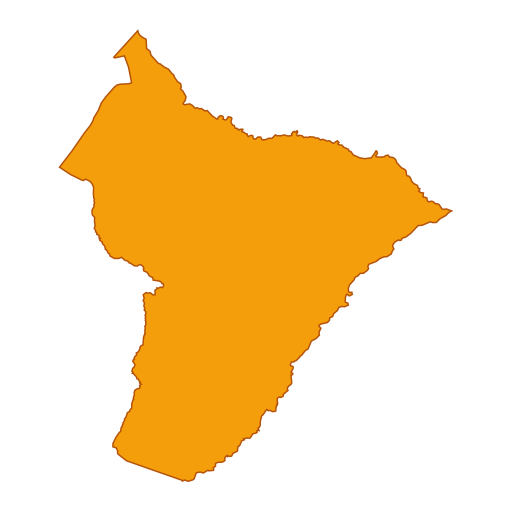 Cuamba, Niassa, Mozambique
{"feature_id": "85939544B95923837460414", "entity_name": "Cuamba", "entity_type": "district", "adm_level": 2, "iso_a3": "MOZ", "parent_name": "Mozambique", "parent_adm1": "Niassa", "projection": "albers", "projection_center": [36.593, -14.749], "detail": "fine", "context": "isolated", "style": "filled", "palette": "amber", "viewbox_px": 512, "rotation_deg": 0, "n_neighbors": 0, "source": "geoboundaries", "source_scale": "gbopen_adm2", "svg_char_len": 6064}
<svg xmlns="http://www.w3.org/2000/svg" viewBox="0 0 512 512"><path d="M452.5,211.2L446.1,208.9L444.2,209.4L442.0,209.0L439.1,204.6L437.3,203.7L435.6,203.8L433.0,201.6L431.3,201.2L428.8,201.9L427.7,201.0L427.1,200.0L427.0,198.2L425.3,197.3L423.7,197.2L423.0,196.5L423.4,193.0L420.6,192.5L418.7,191.1L419.6,190.1L419.8,188.6L418.2,188.2L417.5,185.5L413.5,183.4L411.7,181.2L410.3,177.6L408.9,176.1L407.3,175.9L406.6,175.1L405.9,170.6L404.5,169.3L401.2,167.6L396.6,162.4L395.9,160.0L394.4,158.4L393.1,157.6L389.1,156.8L388.3,155.2L385.8,155.5L384.1,156.9L378.4,157.1L376.2,156.7L375.7,155.8L377.4,153.7L377.2,151.9L376.3,150.9L375.7,151.2L374.8,153.1L371.3,157.8L364.7,158.7L359.6,157.8L353.1,154.8L351.1,151.8L348.7,150.7L348.5,149.3L343.6,147.2L342.1,145.2L338.4,144.7L337.9,143.7L339.0,142.6L337.4,140.8L333.2,143.5L329.6,140.8L327.1,141.0L322.8,139.3L320.3,139.9L318.1,138.0L315.8,138.2L314.0,137.1L309.3,136.8L308.2,137.5L305.5,137.1L303.8,137.5L302.3,135.9L299.0,135.2L298.6,135.8L297.4,135.9L296.5,134.5L297.7,131.9L297.1,130.8L296.4,131.1L296.2,132.1L294.8,132.1L294.3,131.4L292.8,132.1L292.2,133.4L291.6,133.6L291.8,135.5L291.2,135.7L287.8,136.0L284.1,134.9L281.5,135.7L277.1,135.8L275.4,134.9L271.9,138.4L268.9,138.2L265.8,139.6L262.1,139.9L260.7,137.1L257.8,137.0L256.0,138.8L254.1,139.2L253.1,137.7L252.7,135.7L250.9,135.3L248.3,136.5L247.4,135.5L247.2,134.0L245.2,133.4L243.9,132.2L241.9,131.8L241.8,130.9L242.9,129.7L242.7,129.2L240.0,129.3L238.7,130.1L237.4,128.5L235.2,128.2L234.1,125.4L232.7,125.2L231.6,123.5L230.9,121.7L231.9,118.4L230.8,117.2L228.2,116.8L226.4,119.7L225.0,119.9L223.0,119.2L223.5,118.1L222.9,116.3L220.4,115.6L218.1,117.4L217.7,119.0L216.6,118.9L212.2,115.9L207.1,110.5L205.0,111.0L201.5,108.6L199.4,108.7L197.1,107.8L195.0,108.2L192.7,105.6L189.8,103.9L184.3,104.7L183.3,104.0L183.3,103.1L185.2,100.5L186.0,96.7L183.0,91.3L180.5,88.7L181.3,86.9L180.6,83.7L177.5,81.6L174.7,77.6L173.6,74.8L171.8,73.4L168.5,69.2L163.7,66.7L160.2,63.9L158.3,63.4L151.0,55.2L150.0,51.3L146.6,48.5L146.1,39.3L141.8,36.9L139.6,34.9L138.5,33.2L137.8,30.7L113.8,57.2L114.7,57.9L124.4,55.9L128.5,67.0L131.6,82.7L128.6,83.8L120.0,84.2L116.9,85.1L114.4,87.1L105.8,96.8L101.3,103.0L98.3,110.5L94.1,117.3L92.7,121.3L90.2,125.6L84.3,133.1L71.9,151.1L59.5,167.2L70.3,174.4L82.4,180.4L83.7,180.4L85.6,179.1L89.5,181.1L91.3,182.7L92.6,184.8L93.6,187.4L93.4,193.9L93.8,198.2L94.4,199.3L94.0,201.3L94.6,202.7L93.9,204.6L94.2,206.0L92.0,210.3L92.1,213.6L92.6,215.2L94.6,217.3L94.5,221.5L95.1,225.4L94.3,228.5L95.7,230.6L95.6,231.8L96.7,232.6L96.8,234.4L99.0,235.4L99.1,237.7L100.5,238.3L99.4,239.1L99.9,240.4L102.0,241.8L102.4,243.5L104.8,246.2L105.4,249.4L106.6,249.9L108.0,252.9L109.5,254.0L110.1,256.1L114.5,258.5L119.0,258.4L121.6,257.3L124.9,260.3L127.6,261.0L129.3,263.0L130.5,263.2L134.4,265.8L137.1,266.0L139.8,264.6L140.8,264.7L142.8,266.2L143.9,268.2L143.3,269.2L143.8,270.9L147.0,272.3L149.4,275.9L152.9,277.7L153.1,280.1L159.1,281.0L161.4,282.2L161.9,283.5L163.3,283.8L163.6,285.8L162.6,287.6L160.3,287.1L158.5,288.2L156.9,287.9L156.9,288.9L155.0,290.3L155.1,294.8L153.0,294.9L150.4,292.8L147.5,293.1L146.1,292.5L143.2,294.8L144.2,298.2L143.1,300.7L144.5,302.9L143.9,305.7L144.8,308.8L144.2,309.8L145.5,311.4L145.8,313.5L145.1,315.3L145.8,316.4L145.2,317.9L145.7,319.2L145.2,320.2L146.0,321.4L145.6,322.9L146.0,324.3L144.8,326.5L145.3,327.4L144.8,331.0L145.3,333.0L144.7,333.4L144.9,334.7L144.3,334.9L143.5,337.7L143.0,344.8L141.0,345.8L140.1,347.0L139.5,349.6L138.3,351.8L136.2,353.1L136.7,354.8L134.8,356.7L134.0,358.5L134.4,359.5L133.2,360.0L132.8,361.2L134.9,364.5L134.3,366.9L132.7,368.4L131.9,371.2L133.0,372.5L132.4,373.3L133.3,373.5L136.3,376.7L137.0,378.9L138.3,379.2L139.4,381.4L140.5,382.4L139.7,383.0L140.0,383.7L141.3,384.3L139.6,385.5L140.0,387.2L139.3,388.5L137.9,388.5L135.1,390.0L134.2,392.3L134.3,394.8L133.3,398.2L133.7,399.3L133.0,399.9L131.7,403.9L131.8,408.1L130.0,409.8L129.6,411.4L127.4,412.7L125.9,417.4L124.5,418.9L124.6,420.6L122.9,423.1L123.2,424.0L122.2,425.3L122.2,426.6L121.2,427.5L120.7,431.3L119.1,432.7L116.1,437.1L113.0,443.4L112.9,446.8L116.3,448.0L117.7,451.0L117.4,452.4L118.1,454.2L126.6,460.8L181.8,480.2L182.4,481.1L184.5,480.0L188.3,481.3L193.0,479.8L194.2,478.8L196.3,472.8L200.1,472.0L203.3,473.0L208.0,470.2L208.7,470.8L213.3,470.4L213.8,469.6L213.2,467.8L215.5,466.3L215.5,463.4L218.4,462.2L221.2,462.3L223.6,461.6L224.9,460.4L224.9,457.5L227.0,455.5L227.5,456.6L228.5,456.0L229.6,456.4L231.6,456.1L232.9,453.4L237.4,451.1L238.0,446.5L239.5,445.9L241.8,440.7L244.3,439.8L243.7,438.7L247.5,438.0L249.6,438.2L250.5,437.6L252.7,433.9L256.2,433.0L257.2,432.1L256.9,430.8L257.8,430.1L259.0,430.5L258.2,427.9L259.6,427.0L260.2,425.1L260.4,420.9L261.6,416.0L263.2,414.6L266.5,409.6L267.1,409.5L267.9,410.6L269.9,410.4L272.9,411.7L275.7,411.1L276.3,406.0L277.3,405.0L276.9,404.3L277.5,404.0L277.7,402.6L277.2,401.9L277.3,398.3L279.5,396.9L280.8,397.4L283.1,396.4L283.5,394.2L288.0,390.4L287.2,388.9L288.0,386.8L291.2,384.1L291.8,382.7L290.9,375.1L292.5,374.7L292.8,373.5L291.0,372.4L293.1,368.5L293.2,367.3L293.0,366.5L291.1,366.0L290.2,365.0L291.5,361.9L294.0,361.9L295.0,360.8L296.3,360.5L299.7,357.1L299.7,356.5L301.7,355.2L305.2,350.7L308.1,348.9L311.3,341.1L316.1,338.5L319.4,335.1L319.0,332.2L320.9,328.2L319.3,326.6L319.0,325.3L321.1,324.0L327.4,322.5L329.4,320.4L329.7,317.9L332.7,316.5L333.6,313.7L337.4,310.5L338.8,307.4L341.4,306.5L344.7,306.7L348.3,305.1L347.9,303.1L345.6,302.4L345.2,300.9L345.5,297.0L346.5,294.4L347.3,294.3L348.6,295.6L349.7,295.8L352.3,294.4L351.8,292.2L350.0,292.5L348.5,291.7L348.4,288.1L349.5,284.9L353.8,280.2L355.4,276.9L357.7,276.1L360.1,273.4L363.6,273.2L367.3,270.4L368.6,268.6L367.8,266.5L368.8,264.3L376.3,261.4L380.1,258.4L384.1,256.8L386.9,256.7L391.2,254.0L392.6,250.4L393.9,249.0L392.6,246.3L392.7,245.0L394.8,242.1L398.5,239.9L399.7,240.5L400.9,240.4L402.3,238.2L405.9,237.0L410.9,233.2L418.1,225.6L422.1,225.3L430.3,221.8L432.8,222.6L436.4,222.4L440.1,218.7L445.7,215.6L448.7,212.6L451.1,211.0L452.5,211.2Z" fill="#f59e0b" stroke="#b45309" stroke-width="1.5"/></svg>